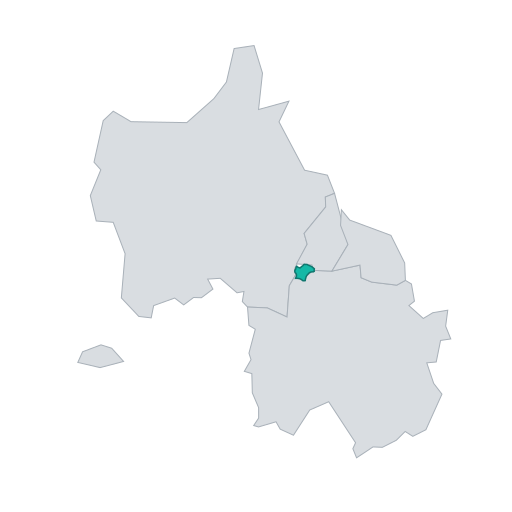 Luxembourg highlighted, Natural Earth projection, rotated 85°
{"feature_id": "LUX", "entity_name": "Luxembourg", "entity_type": "country or territory", "adm_level": 0, "iso_a3": "LUX", "parent_name": "Europe", "parent_adm1": "", "projection": "natural_earth1", "projection_center": [6.062, 49.806], "detail": "fine", "context": "with_neighbors", "style": "filled", "palette": "teal", "viewbox_px": 512, "rotation_deg": 85, "n_neighbors": 4, "source": "natural_earth", "source_scale": "50m", "svg_char_len": 2503}
<svg xmlns="http://www.w3.org/2000/svg" viewBox="0 0 512 512"><g transform="rotate(85 256 256)"><path d="M278.3,218.2L288.5,225.4L319.5,230.4L308.7,249.3L306.1,268.9L300.2,273.6L290.3,271.1L291.0,278.1L275.1,293.6L274.8,306.2L285.2,301.8L292.8,314.0L291.9,321.8L298.4,332.3L290.8,340.7L296.5,362.3L308.5,365.8L306.0,378.0L286.0,393.8L242.3,386.2L210.0,395.3L207.2,412.1L181.4,415.8L156.6,403.1L148.4,409.2L107.8,396.4L99.3,385.6L111.3,368.8L117.1,313.3L95.6,284.3L80.1,270.3L47.4,259.7L46.2,239.6L74.4,233.6L110.3,240.7L104.6,209.7L124.4,221.4L174.8,200.1L181.7,177.8L200.4,172.3L203.3,181.8L213.2,182.3L237.7,206.1L248.7,204.0L272.2,218.8L278.3,218.2ZM335.3,407.8L349.5,397.1L353.6,421.1L346.5,442.8L336.3,437.1L331.0,418.2L335.3,407.8Z" fill="#d9dde1" stroke="#a8b0b8" stroke-width="1"/><path d="M443.9,101.9L449.3,115.5L443.8,122.7L451.8,132.3L457.6,146.8L456.4,156.1L465.8,173.4L456.4,176.3L450.7,173.1L407.5,196.3L414.1,215.9L437.8,234.3L430.6,247.0L422.9,250.5L426.5,268.4L424.7,273.1L417.7,267.5L407.3,266.6L392.0,271.6L372.8,270.4L369.9,277.7L358.8,270.0L352.2,271.5L328.9,263.1L324.5,269.1L306.1,268.9L308.7,249.3L319.5,230.4L288.5,225.4L278.3,218.2L279.5,206.2L275.3,200.1L277.7,181.7L274.1,153.2L286.8,153.2L292.1,143.0L297.3,118.3L293.3,109.3L297.4,103.6L314.8,102.1L318.7,108.0L332.8,94.8L327.9,84.8L326.7,69.7L342.4,73.2L355.6,69.2L356.2,79.5L377.3,85.7L377.3,95.2L398.4,90.1L409.8,82.8L443.9,101.9Z" fill="#d9dde1" stroke="#a8b0b8" stroke-width="1"/><path d="M277.7,181.7L275.3,200.1L269.7,201.1L267.4,216.4L248.7,204.0L237.7,206.1L213.2,182.3L203.3,181.8L200.4,172.3L252.6,163.4L277.7,181.7Z" fill="#d9dde1" stroke="#a8b0b8" stroke-width="1"/><path d="M293.3,109.3L297.3,118.3L292.1,143.0L286.8,153.2L274.1,153.2L277.7,181.7L252.6,163.4L232.9,169.1L217.4,166.9L228.4,159.5L247.2,119.8L275.9,108.5L293.3,109.3Z" fill="#d9dde1" stroke="#a8b0b8" stroke-width="1"/><path d="M276.8,200.3L276.7,201.0L276.7,202.6L277.3,204.3L278.7,205.9L279.8,207.1L281.3,208.0L283.8,208.9L284.8,209.1L284.9,210.3L284.7,211.5L283.9,212.3L283.1,213.3L282.4,214.5L281.8,216.9L281.7,218.5L280.3,217.8L279.5,217.4L278.2,217.3L276.9,217.6L275.9,218.5L274.6,218.7L273.5,218.5L272.8,217.8L272.2,217.5L270.6,217.1L269.8,216.2L270.4,215.8L270.9,215.1L271.3,214.1L271.8,213.3L270.1,210.9L269.8,210.2L268.5,208.8L268.5,208.1L268.8,207.5L268.7,207.0L268.9,205.8L269.8,204.6L270.4,203.2L271.5,201.3L273.8,199.0L275.5,199.4L276.3,199.3L276.7,200.2L276.8,200.3Z" fill="#14b8a6" stroke="#0f766e" stroke-width="1.5"/></g></svg>